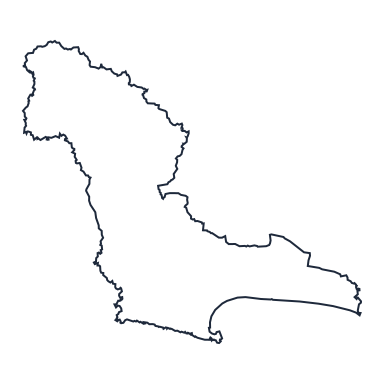 the district of Cilacap, Jawa Tengah, Indonesia
{"feature_id": "22746128B37209370352000", "entity_name": "Cilacap", "entity_type": "district", "adm_level": 2, "iso_a3": "IDN", "parent_name": "Indonesia", "parent_adm1": "Jawa Tengah", "projection": "natural_earth1", "projection_center": [108.91, -7.462], "detail": "fine", "context": "isolated", "style": "outline", "palette": "slate", "viewbox_px": 384, "rotation_deg": 0, "n_neighbors": 0, "source": "geoboundaries", "source_scale": "gbopen_adm2", "svg_char_len": 5866}
<svg xmlns="http://www.w3.org/2000/svg" viewBox="0 0 384 384"><path d="M188.6,131.4L186.6,132.4L184.7,130.9L182.3,131.0L181.7,130.2L182.6,129.9L182.7,128.6L182.4,127.9L181.4,127.8L182.4,125.1L181.8,123.6L179.1,124.7L177.3,123.7L175.2,125.3L173.1,124.8L170.2,122.1L169.0,118.6L167.2,117.7L166.7,112.2L165.3,110.9L159.2,109.0L158.4,108.1L158.9,105.2L155.4,104.9L154.6,103.6L147.8,103.3L146.4,101.6L146.3,99.5L144.0,98.1L143.1,95.2L142.5,94.8L142.6,94.1L144.3,93.2L144.3,91.6L146.7,91.4L147.3,89.8L146.5,90.0L144.4,88.6L143.5,88.9L141.7,87.5L137.3,86.9L133.9,84.7L131.4,86.0L130.8,84.8L128.9,84.4L128.8,83.1L129.8,82.0L129.9,79.3L129.2,76.8L128.1,74.9L127.0,75.1L125.6,71.5L124.8,72.3L122.4,72.4L121.0,74.6L117.5,75.9L117.1,74.4L114.3,73.6L111.8,71.3L110.8,68.9L106.5,69.4L103.4,67.2L102.3,67.5L101.2,63.8L100.7,66.9L98.6,68.6L95.1,67.2L90.6,66.7L89.6,65.1L90.0,61.5L88.5,59.7L87.4,56.8L85.3,55.5L83.5,52.8L81.9,54.1L80.3,54.0L78.7,51.0L78.9,49.1L78.2,47.2L73.4,47.5L70.9,49.5L70.0,49.0L67.8,49.5L66.0,48.5L64.4,48.9L61.3,46.1L59.2,42.7L56.6,42.7L54.9,41.0L52.2,42.5L50.8,41.5L48.3,42.2L46.7,44.9L44.7,46.2L42.2,46.8L41.0,46.3L37.5,46.5L36.3,48.7L34.1,49.7L33.0,52.9L28.2,53.3L25.6,56.3L27.0,60.5L24.8,63.1L25.1,65.5L23.7,65.8L23.7,66.4L26.0,67.1L27.1,70.1L29.8,72.5L30.4,72.6L30.0,71.1L31.7,72.1L32.3,73.6L33.2,72.7L33.6,74.8L32.9,76.2L33.4,77.7L34.8,78.4L33.7,80.8L34.4,81.6L34.4,84.1L32.8,87.6L34.7,88.7L35.0,89.6L34.2,89.9L32.8,93.4L33.3,94.9L32.1,95.8L31.3,94.6L30.4,94.7L28.2,98.5L29.2,100.8L28.4,101.3L28.7,103.0L27.5,106.4L25.8,107.6L23.0,110.9L24.7,113.0L24.8,116.6L26.4,118.3L25.9,119.6L24.3,119.8L25.8,123.0L25.7,124.9L26.1,125.8L24.6,127.6L24.1,132.7L25.8,132.0L26.5,133.6L27.2,131.7L27.9,131.4L30.9,132.4L30.9,134.8L32.7,135.2L34.1,139.7L37.1,137.2L37.7,137.6L37.6,138.9L38.4,138.5L40.5,140.0L45.7,136.9L47.1,137.8L46.7,139.5L47.8,139.8L48.5,139.6L47.9,138.5L48.2,137.3L51.5,137.8L55.6,136.1L59.1,137.7L59.9,133.7L61.4,135.8L63.3,134.6L65.1,135.6L66.9,138.6L65.0,139.1L64.9,140.3L67.9,141.4L69.3,143.2L71.4,143.2L71.8,147.2L72.5,148.2L74.3,148.9L74.3,150.0L72.2,152.3L75.1,153.7L74.7,156.8L76.7,159.9L75.6,160.9L75.9,162.9L76.9,163.4L79.8,163.0L81.5,167.7L80.9,170.1L83.5,171.6L85.9,175.4L88.1,175.5L88.9,177.1L90.5,177.6L89.5,179.5L89.4,183.9L86.4,189.3L86.1,190.8L89.2,196.7L89.1,200.7L90.5,204.9L95.3,212.2L96.1,218.0L98.7,225.3L98.8,228.4L101.7,230.9L101.8,234.8L103.1,237.8L100.6,241.3L101.0,243.5L100.3,244.9L101.7,245.6L102.1,249.4L100.7,250.1L101.5,252.8L100.2,253.8L98.9,252.5L97.6,253.1L97.8,256.5L96.2,258.1L96.0,261.5L93.9,262.5L94.8,264.1L97.9,263.0L97.5,265.5L99.4,265.6L100.1,266.3L100.4,270.8L101.2,272.7L103.3,273.0L103.2,275.1L106.8,278.0L107.2,280.0L108.4,281.3L110.4,282.5L112.3,281.0L113.0,283.7L115.4,284.1L115.2,287.0L115.9,288.4L117.8,289.4L119.6,288.8L120.5,287.8L121.1,288.3L121.9,291.4L119.2,294.0L119.1,295.7L120.1,297.6L122.2,297.1L122.4,298.8L121.9,299.5L120.9,299.5L120.8,300.1L120.3,300.0L119.8,300.9L118.2,300.7L116.4,304.3L114.5,304.4L116.0,307.4L117.8,305.6L119.6,306.0L121.2,308.4L121.6,311.1L118.9,312.2L118.4,313.9L116.7,315.1L117.4,317.2L116.6,318.4L117.0,318.9L115.5,320.1L117.3,321.3L118.7,319.8L119.7,319.6L120.7,321.5L120.4,322.7L121.1,323.2L123.4,322.8L125.2,320.2L127.0,319.4L133.3,321.5L134.4,320.9L136.0,321.5L136.9,320.6L139.6,322.4L140.5,321.8L143.6,323.8L144.9,323.5L144.1,322.2L147.4,322.7L149.3,324.2L152.8,324.1L154.7,324.6L155.4,325.9L158.2,326.4L158.8,327.0L159.7,326.7L163.1,327.6L163.5,328.8L165.8,327.4L167.2,327.9L167.2,328.5L167.9,327.9L169.9,328.9L170.2,328.5L171.9,329.0L175.1,330.9L177.5,330.7L180.4,332.3L181.5,331.7L184.3,332.7L185.1,331.9L186.3,333.4L187.6,333.5L187.8,332.8L188.5,332.9L190.6,334.5L190.9,333.4L191.8,333.1L192.1,335.0L194.9,336.9L195.4,336.4L197.3,337.7L204.6,339.7L210.0,339.8L209.8,338.6L210.4,337.5L211.3,338.2L211.7,340.1L212.2,339.4L212.8,340.1L213.8,339.6L214.1,340.1L215.7,340.2L217.1,342.7L219.1,343.0L220.7,341.4L219.8,340.4L220.0,339.5L221.2,339.4L222.1,338.4L219.4,331.4L216.6,332.1L215.9,333.9L214.4,334.3L212.1,333.6L209.6,331.7L208.9,327.8L210.1,327.6L210.0,322.3L211.4,316.3L215.2,309.9L222.3,303.5L227.0,300.9L237.5,297.6L245.5,297.1L261.0,299.0L270.8,299.5L271.8,299.1L272.9,299.8L299.7,301.5L318.6,303.7L333.1,306.1L349.9,310.3L356.0,312.6L359.6,315.3L360.5,313.0L358.2,312.7L357.8,310.4L359.0,304.3L360.9,302.7L361.0,301.3L357.8,297.5L357.3,297.5L356.6,299.0L354.6,297.1L357.8,294.3L357.4,290.7L359.5,290.3L359.4,288.9L358.2,288.6L357.2,289.6L356.7,289.1L356.0,287.0L357.3,285.0L356.2,286.3L356.0,284.6L354.5,283.1L354.0,283.6L351.8,282.9L350.6,281.2L347.6,279.8L347.5,277.5L346.3,275.3L340.9,276.4L340.2,274.3L334.3,271.7L322.1,269.3L319.3,267.9L307.8,266.0L308.5,260.4L310.0,255.8L309.8,253.1L304.0,252.3L290.0,241.3L284.7,238.4L283.5,237.0L271.4,234.4L269.9,234.8L270.6,240.5L270.0,243.4L269.2,245.0L266.2,246.2L257.7,246.7L257.1,246.0L254.4,245.4L249.6,246.4L247.7,245.6L246.3,246.5L244.9,245.9L239.5,246.2L235.2,244.0L228.8,244.1L226.1,241.9L225.2,236.1L222.0,237.7L218.8,237.6L212.1,233.1L211.0,233.2L209.8,232.0L207.4,231.2L207.0,230.4L203.0,230.3L203.7,223.4L202.2,223.6L201.8,222.4L197.5,221.0L195.2,221.2L194.2,219.1L192.7,219.5L191.0,218.6L191.1,216.2L187.5,212.2L186.2,207.7L184.7,206.9L185.3,205.7L187.4,204.0L187.7,202.9L187.1,199.7L187.5,197.2L185.7,195.8L181.0,194.9L178.4,193.2L169.9,193.1L165.5,194.0L164.6,197.1L163.6,197.6L163.1,198.8L162.1,198.0L161.6,195.0L160.6,194.4L160.8,193.0L159.7,192.1L159.6,190.0L158.6,189.2L158.1,185.8L167.4,184.2L168.5,182.2L170.3,181.3L171.1,180.1L172.5,179.6L174.3,177.8L173.7,174.0L177.3,168.9L175.8,165.8L177.1,162.3L177.2,159.8L175.9,158.5L177.6,156.4L179.7,155.9L181.5,154.2L182.5,149.9L183.5,148.4L181.6,147.0L181.7,146.1L183.6,144.1L183.4,143.7L184.3,143.8L186.7,141.8L186.9,138.3L186.4,137.4L186.9,137.6L187.7,136.2L188.7,133.3L188.6,131.4Z" fill="none" stroke="#1e293b" stroke-width="2"/></svg>